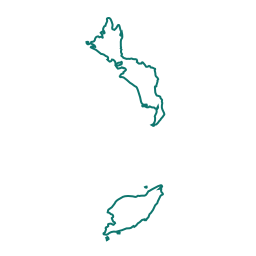 an SVG outline of Malaysia, rotated 267°
{"feature_id": "MYS", "entity_name": "Malaysia", "entity_type": "country or territory", "adm_level": 0, "iso_a3": "MYS", "parent_name": "Asia", "parent_adm1": "", "projection": "albers", "projection_center": [110.864, 4.107], "detail": "fine", "context": "isolated", "style": "outline", "palette": "teal", "viewbox_px": 256, "rotation_deg": 267, "n_neighbors": 0, "source": "natural_earth", "source_scale": "50m", "svg_char_len": 5972}
<svg xmlns="http://www.w3.org/2000/svg" viewBox="0 0 256 256"><g transform="rotate(267 128 128)"><path d="M219.8,127.1L219.4,127.1L218.4,126.9L216.5,125.7L214.4,125.3L211.5,125.2L209.9,125.1L209.2,125.3L208.7,125.3L208.2,125.0L207.8,124.9L206.7,125.6L206.2,125.4L205.6,125.1L204.7,125.0L203.5,125.1L202.2,125.9L200.8,125.2L200.4,125.2L200.1,125.4L199.5,126.3L198.4,127.0L197.8,128.3L197.4,129.5L197.1,129.9L197.1,132.2L196.9,133.4L197.2,134.9L197.1,135.5L196.6,136.5L196.3,138.2L196.4,138.6L196.3,139.1L195.9,140.2L195.1,140.5L194.3,140.7L193.5,140.3L192.9,140.9L192.1,141.8L191.7,142.4L191.7,143.0L191.8,143.4L191.7,143.7L191.7,144.8L192.2,145.0L192.8,145.5L192.8,146.0L192.5,146.4L191.8,146.9L190.4,148.0L188.9,148.9L188.4,149.1L188.2,149.6L188.1,150.1L188.4,151.4L188.7,151.8L188.9,152.2L188.5,153.2L188.0,153.5L187.4,153.7L187.2,154.1L187.0,155.6L186.6,156.3L185.9,157.5L185.7,158.1L185.3,158.2L183.9,157.7L182.6,158.0L180.9,158.2L179.5,158.2L178.4,158.5L177.6,159.1L176.8,159.9L175.9,160.4L175.2,160.7L173.9,159.9L173.3,160.0L172.2,159.7L168.9,158.5L168.2,158.5L168.0,158.2L168.1,157.8L168.0,157.2L167.5,157.0L162.1,157.1L160.6,157.6L159.6,158.0L158.9,158.5L158.6,159.6L158.2,160.7L157.6,161.8L155.9,162.2L154.6,163.3L154.1,163.5L153.2,163.3L152.3,163.2L151.6,163.5L150.9,163.5L148.6,163.0L146.5,162.9L144.7,163.3L141.0,164.8L139.8,165.0L139.3,164.8L138.5,164.1L137.6,163.5L135.3,161.3L134.5,160.8L133.9,160.2L133.4,159.6L132.6,158.9L131.9,158.5L131.0,157.5L130.1,156.5L129.9,154.6L129.1,154.3L128.9,153.8L128.8,153.3L129.8,151.8L130.5,153.4L130.8,153.7L132.5,154.8L133.8,155.3L135.3,155.5L136.8,155.6L137.4,155.5L138.0,155.3L138.6,155.5L141.7,157.2L142.9,157.5L144.2,157.4L144.7,157.6L146.5,158.9L147.0,159.1L147.9,159.0L146.0,157.9L145.7,157.1L145.9,156.3L146.6,155.7L147.1,155.1L147.3,153.2L147.6,152.3L148.2,151.4L148.4,150.5L147.7,149.9L147.6,148.7L147.7,147.8L148.1,147.1L149.4,148.0L150.0,147.9L150.4,147.8L150.5,147.3L150.4,146.4L150.4,144.9L151.2,143.6L152.4,142.8L153.6,142.4L158.1,141.7L165.1,139.9L167.2,139.2L167.9,138.9L168.6,138.4L169.6,136.8L171.7,134.3L173.1,132.3L176.1,129.3L178.5,126.5L178.8,126.0L179.2,124.5L179.2,123.8L179.2,123.1L179.5,122.7L179.9,122.5L180.1,122.5L180.4,122.9L181.2,123.3L181.9,123.8L182.3,124.6L182.6,125.2L182.6,125.8L183.0,126.3L184.1,126.4L184.4,127.0L185.2,128.0L185.8,128.7L186.2,129.0L186.8,128.8L187.6,128.2L188.1,127.3L188.5,126.2L188.2,126.1L188.7,125.2L188.9,124.8L188.3,124.0L187.9,121.7L187.8,121.1L188.2,120.7L189.1,120.1L190.0,119.5L190.9,119.0L190.9,121.4L191.2,122.6L191.9,124.8L192.6,125.1L193.5,125.3L194.0,125.2L194.3,125.1L194.4,124.9L193.8,124.0L193.7,122.0L193.2,120.7L192.5,119.4L192.2,119.0L194.9,118.6L195.5,118.2L196.5,117.3L196.9,116.8L197.2,115.6L195.9,114.9L195.4,114.1L195.3,113.1L196.9,111.4L197.4,111.0L197.7,111.6L198.3,111.7L199.0,111.8L199.6,111.7L200.5,110.8L201.0,109.6L202.5,107.8L203.1,106.4L203.4,105.0L207.4,100.5L207.9,99.8L210.3,95.3L210.6,95.1L211.2,95.6L211.4,97.0L211.3,97.6L210.9,98.5L210.7,99.5L211.0,99.5L212.1,98.9L213.3,97.3L214.0,95.9L214.5,95.3L215.7,95.7L215.9,95.9L215.9,96.9L216.0,97.4L216.4,98.6L217.4,99.4L218.8,99.8L220.0,100.5L220.4,100.9L220.7,101.4L221.0,102.3L221.0,103.2L220.1,104.1L220.5,105.5L220.4,106.3L220.1,107.0L218.8,107.6L222.4,107.0L223.3,106.6L224.5,105.7L225.2,106.4L225.8,107.8L225.3,108.2L223.7,108.7L223.7,108.9L224.2,109.6L224.8,109.5L226.1,109.0L227.3,108.3L227.9,108.3L228.5,108.4L229.6,108.9L230.3,109.3L230.9,109.8L231.2,110.8L232.6,111.2L235.3,112.6L235.9,112.8L236.4,112.8L237.8,112.6L238.4,112.8L238.7,113.3L238.9,114.0L238.8,114.7L238.7,115.2L238.3,115.7L237.4,116.4L234.9,117.3L232.2,118.0L230.8,117.9L228.9,117.4L228.2,117.5L227.5,117.7L226.7,119.6L228.3,121.4L231.0,123.2L231.4,123.7L231.3,124.3L230.8,124.6L230.3,124.8L228.8,125.1L227.2,125.4L226.0,125.7L224.7,126.2L223.5,126.0L221.7,125.2L221.2,125.1L220.7,125.6L220.2,126.8L219.8,127.1ZM22.5,100.8L22.7,100.3L23.0,98.5L23.2,98.2L23.6,98.0L24.1,98.1L25.1,99.6L27.5,100.6L28.3,100.8L29.2,100.4L29.7,100.7L30.1,101.1L30.3,102.1L31.0,103.1L32.3,103.0L32.7,103.1L33.0,103.2L33.3,104.1L33.4,105.6L33.2,106.4L32.3,107.7L32.1,108.5L32.6,109.1L33.3,109.6L33.6,110.1L34.0,110.0L34.5,109.7L34.9,109.0L35.2,108.4L36.9,107.7L38.6,107.1L38.9,107.1L39.2,107.4L39.7,108.3L40.0,108.5L40.5,108.6L41.3,108.5L42.2,108.0L42.7,107.1L42.9,106.3L44.3,105.0L44.5,104.0L44.8,103.3L46.8,103.8L47.5,104.2L49.7,107.7L52.6,110.2L53.8,111.1L54.7,111.6L56.0,112.9L57.1,114.6L59.5,119.3L60.0,121.4L60.1,124.5L59.5,129.2L58.8,131.6L58.9,132.7L59.8,134.4L59.5,136.0L59.7,137.4L59.6,141.1L60.1,142.2L60.7,142.9L63.8,145.1L64.0,146.0L65.5,148.8L68.3,154.9L69.1,157.7L69.0,158.4L68.7,158.7L67.8,159.0L67.1,158.5L66.9,158.1L67.0,157.6L66.7,157.1L66.0,156.5L65.6,156.0L65.7,156.9L65.7,158.0L64.9,158.0L63.7,157.7L62.4,158.0L60.7,159.3L59.9,159.3L59.3,158.2L59.0,157.4L58.5,156.9L53.3,154.0L51.4,153.3L49.4,151.1L44.9,148.7L42.0,146.4L40.8,145.0L37.8,143.7L36.5,142.2L35.9,141.9L35.3,141.4L36.0,140.0L35.7,138.5L35.4,137.2L33.3,134.7L32.3,132.9L30.4,131.2L29.6,130.2L28.9,129.0L29.3,128.6L29.8,128.4L29.4,127.5L28.3,126.1L27.8,124.4L27.8,121.2L26.3,116.7L25.0,110.5L25.3,108.4L25.0,106.0L24.1,103.8L22.9,102.1L22.5,100.8ZM214.7,93.1L214.0,93.7L213.7,93.0L213.8,92.0L214.7,91.2L216.0,91.0L216.2,91.7L216.1,92.5L215.8,92.9L214.7,93.1ZM19.4,100.5L20.2,101.7L19.8,102.2L19.6,102.4L19.1,102.2L18.7,102.7L18.2,102.8L17.8,101.9L17.3,101.6L17.1,101.0L17.9,100.9L18.3,101.1L19.1,100.7L19.4,100.5ZM149.8,147.4L149.4,147.5L148.9,147.1L148.8,143.7L149.2,143.4L149.4,143.4L149.7,144.0L149.6,145.5L149.7,146.9L149.8,147.4ZM24.2,113.8L23.9,114.2L23.1,114.0L23.3,112.1L23.8,111.9L24.5,112.2L24.8,112.5L24.2,113.8ZM223.3,126.9L221.8,127.1L220.7,127.1L220.9,126.7L220.8,126.2L221.3,126.0L221.9,126.2L223.3,126.9ZM68.5,143.5L67.9,143.6L67.6,143.5L67.4,143.1L67.9,142.0L68.1,141.9L68.5,143.0L68.5,143.5ZM35.6,140.2L35.0,140.4L35.0,140.1L35.1,139.7L35.5,139.3L35.7,139.5L35.6,140.2Z" fill="none" stroke="#0f766e" stroke-width="2"/></g></svg>